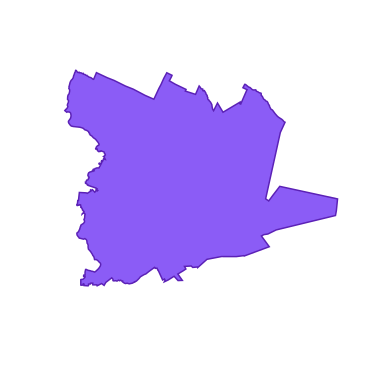 outline of Hobart, Tasmania, Australia, rotated 194°
{"feature_id": "25037944B41007206704884", "entity_name": "Hobart", "entity_type": "district", "adm_level": 2, "iso_a3": "AUS", "parent_name": "Australia", "parent_adm1": "Tasmania", "projection": "orthographic", "projection_center": [147.328, -42.894], "detail": "fine", "context": "isolated", "style": "filled", "palette": "violet", "viewbox_px": 384, "rotation_deg": 194, "n_neighbors": 0, "source": "geoboundaries", "source_scale": "gbopen_adm2", "svg_char_len": 5987}
<svg xmlns="http://www.w3.org/2000/svg" viewBox="0 0 384 384"><g transform="rotate(194 192 192)"><path d="M49.1,220.5L108.2,218.7L112.7,208.4L115.4,201.9L118.9,203.2L120.7,271.1L118.6,282.2L119.6,282.4L121.4,283.7L122.6,284.3L125.9,285.4L127.4,286.1L130.3,288.1L133.8,291.0L135.5,291.5L137.4,293.7L137.9,294.8L138.9,295.5L140.1,297.2L141.0,298.0L142.4,298.2L143.5,299.0L145.0,299.5L147.0,301.9L148.1,302.4L148.8,304.5L149.2,304.6L150.8,304.6L152.4,305.2L153.8,305.3L154.2,305.6L154.5,306.3L155.0,306.5L156.8,305.9L158.2,305.9L160.9,307.4L162.6,307.6L166.1,309.3L166.9,309.2L167.8,305.5L163.4,304.6L166.0,289.1L167.1,289.3L167.2,290.8L181.2,276.9L188.8,284.5L190.7,276.1L191.9,277.2L192.9,279.1L193.9,281.6L195.7,283.6L196.8,284.4L197.4,284.7L197.8,285.3L198.8,285.6L199.4,286.5L199.5,287.4L200.4,288.5L200.7,289.4L202.0,290.4L202.7,291.6L204.6,293.4L205.6,292.8L205.8,292.9L206.1,293.2L206.3,294.2L206.5,294.5L208.1,294.4L209.3,295.6L210.7,296.6L212.2,287.6L222.9,288.3L222.6,290.1L234.2,292.5L240.9,294.4L239.8,298.8L239.6,300.4L245.3,301.6L246.9,295.4L248.1,288.7L249.2,284.4L251.1,274.5L251.5,272.8L260.9,274.4L274.0,277.6L282.2,278.7L294.5,281.4L302.0,282.4L313.6,284.7L314.7,277.6L315.1,277.4L317.7,278.5L319.8,278.6L320.6,279.0L321.9,279.3L322.1,279.7L322.6,279.6L323.6,279.7L324.1,280.1L325.5,280.0L326.3,280.8L326.9,280.3L328.5,280.8L330.1,280.4L330.6,280.9L331.0,280.5L331.7,280.4L332.1,280.5L333.7,281.9L334.3,281.9L334.4,281.4L334.3,280.4L334.7,279.1L334.7,277.9L335.0,275.9L334.9,274.3L335.4,272.6L336.2,271.2L336.6,270.0L336.8,268.7L336.8,265.1L336.9,264.7L336.7,264.5L336.5,262.5L335.8,262.0L335.4,261.5L335.1,260.1L335.0,257.7L335.7,256.0L335.7,254.5L335.2,251.8L334.1,251.0L333.8,250.3L333.7,248.7L334.0,247.3L334.0,246.1L333.1,244.8L333.2,244.1L333.5,243.0L334.2,241.7L334.5,241.6L335.1,240.2L332.8,239.1L332.1,239.7L330.4,239.9L329.5,239.7L328.8,239.1L327.9,237.1L327.7,235.9L327.7,234.1L329.0,230.8L328.8,229.9L328.2,229.0L326.0,227.2L325.0,226.8L323.2,226.8L316.7,227.7L314.5,227.7L312.6,227.4L311.4,226.5L308.7,226.2L306.9,225.5L306.6,224.8L305.8,224.4L305.6,224.1L305.6,223.7L305.3,223.6L304.8,222.9L304.4,222.6L302.9,222.2L300.8,220.8L298.4,219.9L295.0,217.3L293.7,215.9L293.8,214.8L294.2,214.5L294.4,214.5L295.1,213.7L295.8,212.2L295.6,211.5L296.0,210.9L295.8,210.4L295.2,210.4L294.6,210.8L294.2,210.7L294.1,209.9L293.7,209.3L292.3,208.6L291.2,209.0L291.2,209.4L290.9,209.6L290.5,209.4L289.8,210.0L289.5,209.8L287.1,209.6L286.7,209.2L286.5,208.5L286.0,208.3L285.1,207.1L285.5,206.5L285.3,206.4L285.3,206.2L286.2,205.2L285.7,205.2L285.7,204.8L285.6,204.6L285.6,204.2L285.3,204.2L284.8,203.6L285.5,203.8L285.8,203.0L285.1,202.6L285.5,202.6L285.8,202.0L286.4,200.5L286.2,200.0L286.3,199.8L286.7,199.8L287.1,200.3L287.1,200.6L287.3,200.5L287.3,199.2L286.9,198.9L286.8,197.5L287.0,197.2L287.3,197.2L288.7,197.7L289.0,197.5L289.2,197.1L289.1,196.9L288.9,196.6L287.5,196.3L287.3,196.2L287.3,195.5L288.0,193.7L287.9,193.2L288.2,192.8L290.0,192.4L290.8,192.0L291.0,191.6L291.7,191.4L292.0,190.8L292.4,190.3L292.6,190.3L292.4,189.8L292.9,190.1L293.4,189.9L293.4,189.6L292.7,188.7L293.1,188.1L293.7,188.5L293.9,188.2L294.3,187.8L294.4,187.5L295.9,186.7L296.9,185.6L297.1,184.7L297.1,183.1L296.7,182.4L295.6,181.6L295.3,180.9L295.8,180.5L295.7,179.8L295.8,178.9L296.1,178.5L297.1,178.0L297.4,175.6L297.2,175.0L297.6,175.2L297.5,174.8L295.0,173.9L295.1,173.5L294.6,173.3L286.0,172.6L285.9,172.2L284.9,172.1L285.0,171.8L285.8,171.8L285.8,171.5L285.0,171.4L284.9,171.1L283.8,170.8L284.1,170.2L285.3,170.4L285.5,170.1L285.3,170.0L286.3,168.3L289.1,170.1L289.9,169.0L290.7,169.7L291.0,169.3L290.7,168.1L293.4,165.3L294.3,165.6L301.2,164.3L300.1,156.3L300.8,156.1L300.2,152.1L300.7,152.0L300.6,151.4L300.1,151.1L298.5,151.9L298.6,152.1L298.2,152.4L297.1,152.6L297.0,152.1L296.5,151.6L296.2,150.4L295.9,150.6L295.5,150.1L294.5,149.1L293.8,147.9L293.3,147.9L292.6,147.0L292.2,147.0L291.9,146.6L292.0,146.1L293.2,144.4L293.2,144.1L292.3,145.4L291.1,145.1L290.9,144.9L290.5,144.8L290.3,144.4L290.4,143.7L289.9,140.6L290.2,139.3L289.9,139.1L289.9,138.7L289.4,138.2L289.1,137.1L289.1,136.6L289.8,135.2L291.4,133.5L291.8,132.9L291.7,131.9L291.9,131.6L291.9,130.5L292.0,129.7L292.0,128.4L292.2,128.0L292.5,126.1L293.7,124.4L293.6,123.5L293.0,122.3L291.5,121.0L291.0,120.8L290.3,120.0L285.9,120.0L285.4,120.2L284.9,120.8L284.7,120.9L283.0,120.2L282.3,119.4L281.4,117.0L280.5,116.2L279.7,114.7L279.6,113.7L278.7,111.5L275.9,109.6L275.2,108.9L273.5,107.3L272.8,106.3L272.0,105.9L270.9,104.4L270.5,103.3L270.2,102.9L269.8,102.8L269.4,103.1L268.6,103.3L266.6,102.6L265.9,102.0L263.6,100.7L263.1,99.8L263.0,98.9L263.1,97.7L264.1,95.1L265.9,92.2L267.0,90.8L269.5,91.0L270.1,90.8L271.3,91.0L274.1,90.9L275.9,91.3L276.5,91.1L276.4,88.4L275.7,85.6L276.9,85.2L277.0,85.0L276.7,83.8L275.3,84.0L275.2,83.6L275.5,82.6L276.3,81.4L276.8,80.9L278.5,80.3L278.7,80.0L277.4,74.9L277.2,74.7L275.3,75.3L275.2,75.5L275.4,76.4L275.0,76.7L274.5,76.5L274.1,75.1L270.1,75.8L269.8,76.3L270.1,77.6L268.3,78.2L268.4,78.9L267.8,79.2L266.2,79.5L266.0,78.5L265.7,77.9L262.0,78.9L261.7,78.8L261.5,78.1L261.4,78.0L257.6,81.3L254.7,80.1L253.7,83.5L249.1,89.3L247.6,88.2L247.3,87.6L247.3,87.0L247.0,86.8L246.2,86.9L244.5,87.5L243.4,87.4L242.8,87.7L242.2,88.6L241.7,88.7L240.7,88.4L240.4,88.7L240.2,89.1L239.8,89.2L238.7,88.6L237.9,88.8L237.9,88.4L237.6,87.9L236.9,87.9L236.0,87.3L234.8,87.1L234.3,87.1L232.9,87.8L230.7,87.7L228.2,88.9L227.5,89.3L226.9,90.0L225.8,90.7L226.0,91.0L224.4,92.1L222.6,95.0L221.5,97.3L218.6,100.2L216.9,101.4L214.7,104.3L210.1,109.8L209.6,109.6L209.2,109.0L207.5,109.6L206.1,107.8L205.9,107.9L199.2,99.5L197.6,100.9L196.8,99.9L197.1,98.2L193.9,100.8L189.0,105.9L184.1,102.7L180.0,103.9L185.9,109.0L181.4,113.5L179.3,115.8L181.3,118.0L174.9,120.0L173.0,119.0L168.5,120.6L168.2,120.0L161.2,130.3L147.8,136.5L133.5,140.0L126.3,142.8L125.9,142.5L103.8,157.6L114.0,166.1L112.0,168.0L108.2,169.6L101.1,175.6L47.1,203.9L47.4,208.7L49.1,220.5Z" fill="#8b5cf6" stroke="#5b21b6" stroke-width="1.5"/></g></svg>